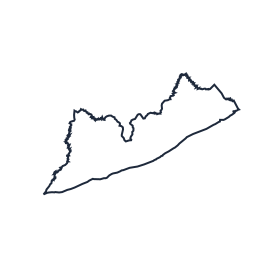 Thep Sathit, Chaiyaphum, Thailand, rotated 241°
{"feature_id": "78962969B6140233535847", "entity_name": "Thep Sathit", "entity_type": "district", "adm_level": 2, "iso_a3": "THA", "parent_name": "Thailand", "parent_adm1": "Chaiyaphum", "projection": "equal_earth", "projection_center": [101.542, 15.61], "detail": "fine", "context": "isolated", "style": "outline", "palette": "slate", "viewbox_px": 256, "rotation_deg": 241, "n_neighbors": 0, "source": "geoboundaries", "source_scale": "gbopen_adm2", "svg_char_len": 5940}
<svg xmlns="http://www.w3.org/2000/svg" viewBox="0 0 256 256"><g transform="rotate(241 128 128)"><path d="M134.8,144.3L134.9,142.9L132.5,138.6L133.0,136.3L133.0,134.7L131.9,133.4L131.4,132.1L130.5,132.0L127.8,133.2L126.1,132.4L125.2,132.7L123.3,131.6L122.9,131.2L122.5,129.8L120.2,128.7L119.1,126.4L118.3,125.5L117.7,125.0L116.2,125.2L115.8,124.8L116.6,123.0L117.3,119.6L119.0,119.0L121.3,119.4L124.0,118.7L125.0,119.2L129.2,123.0L131.1,123.8L132.9,123.1L134.1,121.7L134.8,122.5L136.1,123.2L137.7,122.6L138.5,121.9L140.8,121.7L142.4,120.9L143.9,121.4L145.4,120.0L147.0,119.3L148.1,117.3L148.5,115.0L148.3,113.4L147.4,111.8L146.5,111.4L147.4,110.3L148.3,110.6L149.0,110.1L149.3,110.6L150.0,110.7L149.6,110.2L149.9,109.4L149.4,109.2L149.5,108.9L149.1,108.7L149.7,108.5L149.7,107.6L149.3,107.2L149.7,106.5L150.2,106.5L149.9,106.1L150.1,105.5L150.6,105.5L150.5,104.1L150.9,104.0L150.9,104.5L151.8,104.1L151.6,103.5L150.8,102.9L151.5,102.7L152.2,103.1L152.8,102.8L153.2,102.2L153.3,103.1L154.3,103.3L154.6,102.4L154.1,101.6L154.4,101.3L155.1,101.3L155.6,100.7L155.9,101.1L156.0,102.3L157.5,102.5L158.4,101.9L159.0,100.4L159.6,100.7L159.7,100.3L160.4,99.8L161.1,100.1L161.5,99.4L162.1,99.7L163.0,99.1L163.9,99.3L164.1,98.0L164.6,97.7L165.8,97.8L166.3,96.5L167.3,96.0L166.4,94.8L166.4,93.5L165.9,92.5L166.0,91.5L167.6,90.8L167.9,90.2L169.1,89.6L165.6,87.2L162.9,85.9L161.3,85.5L160.5,84.4L161.2,81.3L161.2,80.3L160.9,79.8L160.5,79.3L160.2,79.7L158.8,79.7L158.6,80.1L157.8,79.7L157.2,77.9L156.7,78.0L156.5,77.6L156.3,77.8L156.0,77.0L155.6,77.3L155.0,75.5L154.7,75.2L154.0,75.1L153.7,75.4L153.8,76.5L153.1,76.2L152.8,74.7L151.1,73.2L150.9,72.1L150.6,72.4L150.3,72.0L150.2,73.6L149.9,73.0L149.4,73.1L149.5,72.4L148.7,71.8L148.2,70.3L147.5,69.9L147.7,69.1L148.3,68.9L147.8,68.4L147.7,67.5L147.0,67.4L146.4,67.9L146.2,67.7L146.4,67.6L146.3,67.3L145.9,67.2L146.1,66.5L145.4,66.8L144.8,66.4L144.3,67.0L144.2,67.9L142.6,67.9L142.1,67.4L141.7,68.8L141.2,68.2L141.1,67.3L140.7,67.3L140.5,66.7L140.3,66.4L140.0,66.6L139.8,66.1L139.5,66.5L139.0,66.1L137.9,66.1L137.9,66.9L137.4,66.2L136.4,66.1L136.1,66.9L135.3,66.4L135.3,65.7L134.4,64.3L134.3,63.7L133.6,63.2L132.4,63.2L132.7,62.2L133.5,61.6L133.3,61.2L132.8,61.1L131.9,61.7L130.8,61.0L130.4,60.2L129.5,60.0L129.3,60.3L128.5,58.9L127.6,59.4L127.9,58.5L126.8,57.7L126.1,55.2L126.4,52.3L125.8,51.1L126.1,49.7L124.9,50.1L124.1,48.9L124.2,48.2L124.5,48.2L124.2,47.6L124.6,46.4L123.7,45.5L123.5,44.1L123.9,43.7L125.2,44.0L125.0,42.3L124.4,41.6L123.9,41.8L123.7,41.2L123.5,41.9L123.4,41.5L122.9,41.7L122.2,40.8L121.0,40.1L120.2,40.6L120.0,40.2L119.4,40.2L119.1,39.4L119.3,38.7L119.0,38.4L119.5,38.4L119.2,37.9L119.3,37.4L119.0,37.3L119.2,37.0L119.3,37.3L119.3,36.9L118.7,36.6L118.5,35.5L116.7,34.1L116.6,32.8L115.3,30.9L113.7,26.9L112.3,25.5L110.9,22.0L110.5,25.9L109.9,27.7L108.7,30.4L107.3,32.6L107.3,33.2L105.0,36.5L103.9,39.3L103.3,44.9L102.4,48.3L101.8,52.4L101.2,61.0L100.5,66.4L100.8,68.7L100.6,72.6L99.9,73.3L96.6,78.9L95.8,82.5L94.9,84.1L94.7,85.5L95.6,88.6L95.7,91.4L95.5,92.9L94.2,97.0L93.9,100.4L94.0,101.8L93.4,103.5L92.4,110.1L89.7,117.6L88.3,124.6L87.0,134.2L87.2,135.6L86.9,137.4L87.2,137.9L87.0,141.9L87.4,143.6L87.0,144.7L87.5,145.4L87.9,148.3L87.8,152.2L88.2,158.1L88.1,159.3L88.7,163.0L89.5,165.4L91.0,173.6L91.5,174.9L91.2,182.0L89.2,196.2L89.3,204.4L89.1,206.2L89.3,210.3L89.1,211.5L90.5,212.5L88.8,215.4L88.6,216.8L88.8,221.6L89.3,223.5L89.2,225.0L89.6,228.4L90.1,229.2L90.4,229.1L90.5,228.4L91.2,228.1L91.5,228.4L91.1,228.9L90.9,230.4L90.5,231.1L90.6,233.1L90.4,234.0L91.6,233.6L100.3,233.8L100.4,233.3L100.8,233.5L101.0,232.5L101.8,232.5L101.5,232.2L101.8,231.8L101.4,231.5L102.1,231.7L102.5,231.1L103.5,230.8L103.3,230.4L103.6,230.2L103.8,230.9L103.5,231.3L104.4,231.6L104.4,230.7L105.0,230.2L105.0,229.6L105.5,229.1L105.0,228.8L105.5,227.6L107.9,226.6L112.9,226.7L124.0,224.5L122.3,218.7L122.6,217.2L122.8,216.9L123.2,217.1L124.0,214.9L124.8,214.8L125.4,213.8L125.9,211.6L126.9,211.0L126.9,210.6L128.1,209.3L128.5,209.7L128.6,208.9L128.2,208.6L128.3,208.0L128.8,208.5L129.4,208.1L130.3,208.3L130.4,207.1L130.8,207.7L131.8,207.3L132.0,208.4L132.4,207.8L132.6,206.7L133.9,207.0L134.3,206.4L135.1,207.5L135.3,207.0L135.4,207.3L136.5,206.6L136.7,206.8L136.9,206.2L137.1,206.4L137.2,206.1L137.5,206.2L137.7,205.7L138.1,206.0L138.4,205.7L138.8,205.8L138.7,205.3L139.3,206.1L139.6,206.0L139.9,204.4L140.5,204.6L140.9,205.6L141.2,205.4L142.1,205.7L142.4,205.2L142.5,205.6L142.7,205.2L142.9,205.4L143.4,205.0L143.7,204.4L144.2,204.7L144.1,205.1L144.8,204.9L144.8,205.3L145.1,205.5L145.8,205.1L145.8,204.7L146.5,205.3L147.0,204.9L147.4,205.0L147.2,203.9L147.4,203.4L147.1,203.1L147.8,202.3L147.3,202.4L147.3,202.1L147.6,201.5L147.8,202.0L148.2,201.7L148.4,201.3L148.8,201.4L149.1,201.0L149.0,199.7L148.6,199.2L148.3,199.5L148.1,198.4L147.4,197.9L146.9,198.2L147.1,198.9L146.9,199.0L146.4,198.3L146.6,196.6L146.4,197.0L145.9,196.8L146.1,195.9L145.9,195.2L145.2,194.9L145.0,195.5L144.6,195.5L144.5,194.3L144.2,194.5L143.8,194.2L143.7,194.5L143.7,193.9L143.2,193.9L143.4,193.3L143.7,193.3L143.5,193.0L143.3,193.1L143.4,192.7L143.1,192.4L142.6,192.6L142.3,192.2L142.5,191.8L141.8,192.0L141.8,191.5L141.1,191.2L141.3,190.8L140.7,190.6L141.0,190.4L140.7,190.1L140.8,189.8L140.0,189.6L139.8,189.3L140.2,188.9L140.0,188.4L140.3,188.2L140.0,188.0L139.6,188.2L139.4,187.6L139.7,187.2L139.0,186.5L138.6,185.5L138.1,185.8L138.0,185.3L136.9,185.8L136.3,185.7L136.4,186.0L136.0,186.3L136.4,183.9L135.4,184.1L135.1,183.7L134.5,183.8L134.4,183.1L135.2,180.8L134.9,180.6L134.3,179.4L132.6,179.1L133.0,178.2L133.0,176.3L134.1,173.3L132.8,169.6L131.4,168.4L128.4,167.1L127.8,166.4L127.2,164.7L125.8,164.5L125.5,163.5L124.9,163.3L125.6,162.3L125.5,161.9L125.8,161.4L126.0,160.2L126.7,160.3L127.3,159.1L127.7,159.2L127.8,158.2L128.7,158.5L129.1,156.6L130.4,155.1L130.6,152.1L129.9,151.0L129.6,149.2L128.3,147.4L128.8,146.0L133.7,145.5L134.2,145.3L134.8,144.3Z" fill="none" stroke="#1e293b" stroke-width="2"/></g></svg>